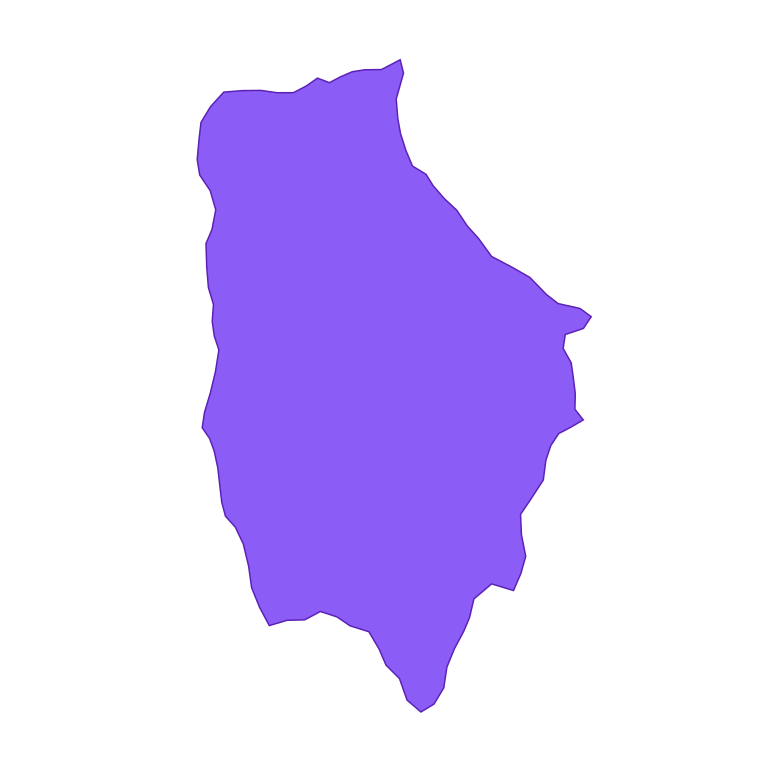 Córrego Fundo, Minas Gerais, Brazil, rotated 184°
{"feature_id": "56859067B51911600975572", "entity_name": "Córrego Fundo", "entity_type": "district", "adm_level": 2, "iso_a3": "BRA", "parent_name": "Brazil", "parent_adm1": "Minas Gerais", "projection": "natural_earth1", "projection_center": [-45.534, -20.449], "detail": "fine", "context": "isolated", "style": "filled", "palette": "violet", "viewbox_px": 768, "rotation_deg": 184, "n_neighbors": 0, "source": "geoboundaries", "source_scale": "gbopen_adm2", "svg_char_len": 1389}
<svg xmlns="http://www.w3.org/2000/svg" viewBox="0 0 768 768"><g transform="rotate(184 384 384)"><path d="M303.2,85.0L301.5,106.0L295.3,124.8L287.4,142.4L282.4,156.9L279.3,175.9L262.7,192.1L240.4,187.0L234.2,204.6L230.6,222.0L236.4,243.3L238.7,263.5L230.1,278.3L218.4,299.3L217.2,319.2L213.3,334.3L206.2,346.8L194.4,354.1L182.7,362.1L191.8,372.1L192.5,387.7L195.6,403.6L198.7,418.1L207.8,432.0L206.6,446.0L188.9,453.4L182.0,465.6L193.7,473.0L216.0,476.4L228.2,484.6L246.0,500.5L264.4,509.4L285.5,518.7L299.6,535.5L311.9,547.4L323.6,562.5L336.6,573.0L348.8,585.2L356.7,596.1L370.8,603.4L378.3,618.2L385.0,635.0L388.8,650.1L391.7,669.1L386.2,695.5L390.5,708.6L408.5,697.5L425.2,696.1L437.4,693.3L448.5,687.6L459.5,680.8L471.7,684.5L482.3,675.9L494.7,668.3L511.0,667.1L527.1,668.3L545.8,666.8L564.2,664.0L576.4,648.6L584.8,632.2L585.6,615.1L586.0,594.9L582.4,579.6L570.9,564.8L564.0,546.0L566.4,526.1L571.4,511.6L569.0,488.3L565.9,467.9L559.7,451.6L559.7,434.3L556.6,419.8L551.1,406.5L553.0,384.6L556.6,363.0L561.1,343.1L562.3,327.7L554.2,317.5L548.7,305.3L543.9,288.5L540.8,271.7L537.6,254.7L532.9,241.0L522.3,230.8L513.2,214.6L506.3,192.7L501.9,171.7L492.6,152.6L481.6,135.0L464.3,141.5L446.6,143.2L431.7,152.6L414.7,148.4L401.0,140.4L381.8,135.8L370.3,119.1L362.4,103.7L348.0,91.2L338.9,70.2L324.3,59.4L311.8,68.2L303.2,85.0Z" fill="#8b5cf6" stroke="#5b21b6" stroke-width="1.5"/></g></svg>